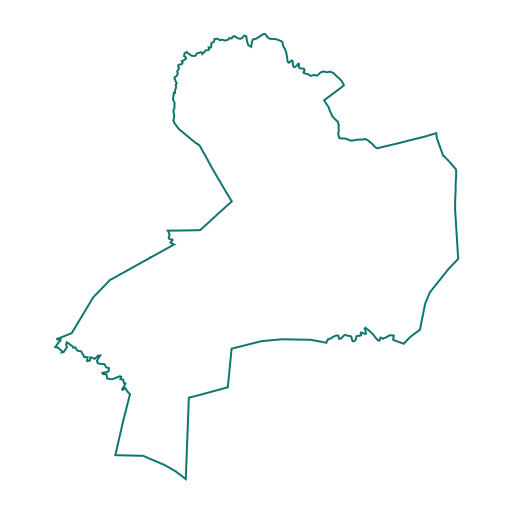 Cosoltepec, Oaxaca, Mexico, rotated 179°
{"feature_id": "50627088B93922556769206", "entity_name": "Cosoltepec", "entity_type": "district", "adm_level": 2, "iso_a3": "MEX", "parent_name": "Mexico", "parent_adm1": "Oaxaca", "projection": "albers", "projection_center": [-97.794, 18.142], "detail": "fine", "context": "isolated", "style": "outline", "palette": "teal", "viewbox_px": 512, "rotation_deg": 179, "n_neighbors": 0, "source": "geoboundaries", "source_scale": "gbopen_adm2", "svg_char_len": 5120}
<svg xmlns="http://www.w3.org/2000/svg" viewBox="0 0 512 512"><g transform="rotate(179 256 256)"><path d="M343.8,282.9L342.9,281.5L342.6,280.1L342.1,278.5L342.1,277.9L342.7,276.8L343.0,275.9L342.9,275.1L342.5,274.8L341.8,274.5L340.4,274.0L339.2,273.7L339.2,273.4L339.7,272.9L340.5,272.0L341.1,271.2L341.1,270.7L340.9,270.4L339.6,270.0L338.9,269.6L338.4,268.9L338.0,268.8L361.3,256.4L361.2,256.7L361.7,256.6L361.8,256.1L376.9,248.1L391.4,240.4L395.3,238.3L396.1,237.8L397.3,237.1L402.5,234.5L419.4,217.6L441.6,182.1L454.9,177.0L456.3,176.7L456.0,175.9L454.7,175.9L452.9,176.4L453.0,174.8L455.4,172.4L458.2,168.4L455.4,167.7L451.1,163.6L451.6,163.1L450.1,163.2L446.7,168.1L447.3,170.9L446.6,173.0L440.9,168.8L440.4,167.5L438.3,167.8L436.6,164.8L434.8,164.1L432.4,163.7L431.2,161.1L430.1,159.9L430.1,159.2L429.7,158.0L426.1,157.7L426.8,154.1L426.1,153.9L423.9,154.4L423.2,157.7L419.0,156.0L415.6,159.1L413.5,159.2L415.9,155.7L416.9,153.8L416.1,151.7L415.4,151.3L411.6,150.6L409.6,150.6L408.7,149.2L408.5,148.6L407.8,147.3L405.0,146.4L405.4,143.3L408.1,142.3L410.6,142.1L411.7,141.8L411.0,140.6L408.4,140.4L407.5,139.9L406.9,136.0L401.9,135.3L394.4,138.1L393.5,138.0L392.8,137.5L393.8,135.3L390.9,134.6L390.2,131.2L388.8,130.9L389.4,129.3L392.1,125.2L391.8,124.5L390.7,124.9L389.5,126.4L388.3,125.5L387.2,122.7L386.3,122.2L384.4,120.0L391.8,92.9L396.7,73.1L400.1,59.3L372.3,58.2L366.1,55.3L351.0,48.6L340.0,42.0L330.1,34.2L325.6,115.5L310.8,119.0L310.7,119.1L292.8,123.6L286.5,125.2L282.0,163.8L280.2,164.2L251.7,170.8L231.3,172.3L212.2,171.6L203.0,171.3L193.2,169.3L188.1,168.2L187.2,168.0L186.4,170.0L185.0,171.8L182.9,172.1L180.1,173.9L178.0,174.8L176.4,175.2L175.1,175.0L174.5,172.3L174.2,171.7L172.7,171.8L169.6,174.9L168.5,175.5L165.2,174.6L163.5,174.3L162.2,173.8L161.3,170.0L160.7,169.1L159.3,169.1L158.3,169.9L157.6,171.2L156.9,174.1L153.0,174.6L152.4,174.9L152.2,175.2L152.7,176.6L152.3,177.7L152.1,177.8L150.4,177.0L148.5,176.3L147.5,176.4L147.6,178.6L148.6,181.5L147.9,182.3L146.0,180.9L144.1,179.3L140.0,175.3L137.9,172.2L135.8,170.0L134.7,169.2L133.9,169.5L133.6,170.9L132.8,172.3L130.5,171.0L129.1,171.9L128.2,171.9L123.5,174.5L119.6,174.0L120.4,170.0L119.5,169.4L109.8,165.7L103.2,172.4L93.4,179.4L91.9,186.5L87.6,205.6L82.8,216.6L63.9,239.5L63.0,240.4L53.8,249.7L54.1,253.2L54.5,263.2L55.8,291.7L56.1,298.5L56.0,302.9L56.0,305.0L55.9,308.0L55.8,309.5L55.2,319.2L55.1,324.7L54.6,331.1L54.5,333.0L54.4,335.9L54.5,339.0L61.5,347.5L63.6,349.6L66.5,352.8L67.1,352.8L73.2,371.0L73.3,372.7L73.5,374.4L73.6,375.7L84.5,372.6L103.6,368.2L111.5,366.3L133.0,361.6L134.9,362.8L136.6,364.6L138.1,366.4L139.3,367.3L140.2,367.7L140.9,368.8L141.9,369.5L143.4,370.4L144.5,371.1L145.8,370.8L147.4,370.6L149.9,370.5L151.4,370.6L154.5,370.3L156.6,369.8L159.3,369.7L161.6,370.7L163.4,371.4L164.6,371.8L165.7,372.0L167.4,371.9L170.6,372.5L170.9,374.0L171.4,375.3L171.7,377.4L171.3,378.8L171.0,380.1L171.1,381.5L171.2,383.5L170.8,385.1L171.5,387.0L171.6,388.7L173.2,390.0L174.6,391.5L175.9,392.8L177.3,394.5L178.3,397.0L179.5,399.4L180.1,401.2L180.6,403.1L181.7,405.0L182.5,406.1L185.2,410.5L167.8,423.0L165.2,425.1L165.6,426.3L166.6,428.1L167.8,430.1L169.2,431.6L170.8,433.1L172.2,434.2L174.9,437.2L177.7,438.7L179.5,439.0L181.7,438.4L185.2,439.3L187.8,438.6L190.0,436.8L191.6,435.3L195.0,436.0L198.2,435.1L200.5,436.7L202.7,437.4L204.9,438.0L205.4,439.0L204.7,439.8L204.1,440.6L204.9,442.5L208.3,442.8L209.4,443.3L209.8,444.1L209.7,446.2L209.8,447.4L210.5,447.5L211.5,446.2L212.3,445.3L213.7,444.3L214.8,444.2L215.7,445.6L216.0,450.2L217.0,450.9L219.6,448.7L221.0,449.8L221.4,453.6L221.7,455.9L222.2,458.9L223.4,462.4L224.9,464.8L226.0,469.7L228.4,471.0L232.4,472.5L238.0,472.9L240.0,473.7L241.7,476.2L243.1,477.8L244.6,477.8L248.0,475.8L251.9,473.3L255.4,472.5L256.1,470.7L257.2,465.3L260.0,466.9L260.9,469.6L261.3,471.7L261.6,473.5L261.8,475.7L263.8,476.7L266.6,473.8L267.7,473.5L269.8,473.8L271.6,474.8L273.9,476.3L275.7,475.4L276.5,473.9L277.7,474.0L278.8,474.4L280.2,472.7L281.8,472.3L283.5,471.9L284.7,472.5L285.9,472.9L288.3,472.4L290.3,473.7L291.6,474.0L293.7,473.7L293.9,472.2L294.4,470.9L296.8,469.6L297.1,467.8L297.2,465.4L299.7,465.4L299.3,463.5L300.1,462.7L302.7,462.6L304.1,460.8L306.2,458.9L306.6,460.5L308.0,460.7L309.8,460.0L311.8,459.5L312.5,457.9L313.2,457.3L314.0,457.1L315.5,457.2L317.0,457.4L318.0,458.1L319.6,459.3L321.0,460.3L321.8,461.2L323.8,459.9L324.2,458.4L324.4,457.0L323.0,456.2L322.5,454.6L324.0,453.4L326.8,452.1L326.0,450.5L327.1,449.0L328.6,448.9L330.1,448.4L330.6,447.1L329.6,445.2L330.2,444.2L331.6,442.1L331.1,440.3L331.1,439.3L332.2,437.5L334.3,435.9L334.2,434.5L333.4,432.5L332.2,430.0L333.3,428.8L332.9,426.5L333.3,424.9L333.9,423.5L334.3,422.1L334.1,420.5L335.3,420.6L335.7,417.7L336.0,415.7L336.3,414.0L335.2,411.6L334.7,410.6L334.9,408.8L334.9,407.5L335.0,405.2L335.9,403.4L335.9,400.9L335.4,398.6L335.4,396.1L336.0,394.3L336.3,392.8L335.7,391.9L335.4,390.6L331.2,384.6L329.2,382.8L314.6,370.3L310.6,367.7L304.3,356.0L297.2,342.5L286.3,323.1L279.3,311.0L285.2,305.9L296.9,295.6L311.4,282.8L319.2,282.8L335.6,282.8L343.8,282.9Z" fill="none" stroke="#0f766e" stroke-width="2"/></g></svg>